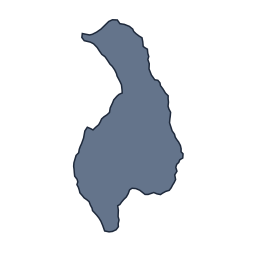 the district of Santa Rita d'Oeste, São Paulo, Brazil, rotated 8°
{"feature_id": "56859067B69160631220065", "entity_name": "Santa Rita d'Oeste", "entity_type": "district", "adm_level": 2, "iso_a3": "BRA", "parent_name": "Brazil", "parent_adm1": "São Paulo", "projection": "albers", "projection_center": [-50.816, -20.093], "detail": "fine", "context": "isolated", "style": "filled", "palette": "slate", "viewbox_px": 256, "rotation_deg": 8, "n_neighbors": 0, "source": "geoboundaries", "source_scale": "gbopen_adm2", "svg_char_len": 1924}
<svg xmlns="http://www.w3.org/2000/svg" viewBox="0 0 256 256"><g transform="rotate(8 128 128)"><path d="M69.6,40.8L69.7,44.8L72.5,47.6L78.8,48.2L82.2,49.4L86.3,52.6L88.9,55.6L91.9,58.8L95.3,60.6L98.2,63.7L101.3,67.3L103.8,69.1L106.8,72.4L109.0,75.7L109.9,78.0L113.6,83.1L115.5,86.1L116.7,90.7L117.4,94.1L114.4,96.0L112.6,98.1L110.0,102.1L109.2,105.4L107.6,110.6L107.5,115.2L105.2,118.0L102.6,120.3L100.6,122.7L99.7,125.8L98.5,128.9L95.7,132.0L93.6,134.8L91.3,133.9L87.6,132.9L85.7,136.9L85.4,144.2L84.2,150.0L83.3,152.9L82.7,155.8L82.6,159.4L80.4,162.4L79.3,170.0L79.5,173.4L80.3,176.3L81.0,179.5L81.9,183.1L84.8,186.0L85.8,188.4L85.3,191.2L87.0,193.5L88.4,196.3L89.4,198.9L92.5,201.6L94.3,203.3L97.1,204.7L99.7,206.3L101.5,209.6L103.6,212.5L104.4,214.8L109.1,218.6L111.7,221.1L114.1,224.0L116.5,228.0L119.2,233.2L123.7,233.5L127.0,232.6L130.4,230.4L132.2,227.1L131.6,224.1L131.9,220.3L130.5,217.0L129.9,210.8L128.6,206.4L130.6,204.9L131.9,202.3L133.8,199.3L135.9,196.6L137.3,193.1L138.2,189.0L140.4,187.1L144.3,186.9L148.3,188.0L154.1,191.4L157.2,191.0L162.5,188.3L165.9,189.2L169.4,189.4L171.3,187.7L174.1,185.6L177.5,184.0L179.1,181.2L180.1,178.3L181.3,175.6L182.3,172.4L180.8,167.9L182.5,164.0L180.8,160.3L181.3,157.2L183.0,155.1L183.7,152.3L186.4,150.1L186.1,145.9L183.9,144.2L183.5,141.2L182.3,138.0L180.0,134.8L178.0,132.8L176.1,130.6L174.9,127.7L172.1,124.7L170.4,121.2L168.4,117.1L168.2,113.2L168.2,110.2L168.0,106.5L165.9,103.6L164.6,100.8L164.5,96.9L163.6,93.2L163.3,90.5L160.2,88.2L157.2,84.5L154.3,81.6L153.3,78.8L150.9,76.6L147.7,76.5L145.8,74.4L143.8,72.3L140.6,66.6L140.1,61.4L138.1,57.4L138.6,54.3L137.2,51.3L136.2,47.2L133.9,46.3L131.7,45.1L130.6,40.5L129.3,36.7L126.2,35.4L122.8,33.5L120.2,31.6L118.9,29.4L115.3,27.2L112.5,26.5L110.0,25.9L105.4,25.8L102.4,22.5L97.5,23.0L94.1,25.2L87.5,33.8L83.5,37.5L79.6,40.2L77.0,41.2L72.8,41.0L69.6,40.8Z" fill="#64748b" stroke="#1e293b" stroke-width="1.5"/></g></svg>